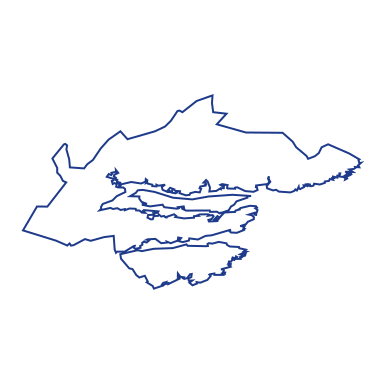 Risør nor, Aust-Agder, Norway
{"feature_id": "86288312B21568126373131", "entity_name": "Risør nor", "entity_type": "district", "adm_level": 2, "iso_a3": "NOR", "parent_name": "Norway", "parent_adm1": "Aust-Agder", "projection": "robinson", "projection_center": [9.161, 58.742], "detail": "fine", "context": "isolated", "style": "outline", "palette": "blue", "viewbox_px": 384, "rotation_deg": 0, "n_neighbors": 0, "source": "geoboundaries", "source_scale": "gbopen_adm2", "svg_char_len": 6102}
<svg xmlns="http://www.w3.org/2000/svg" viewBox="0 0 384 384"><path d="M116.0,252.8L117.0,251.7L124.6,251.7L133.9,246.0L134.7,245.9L133.9,247.8L135.2,248.8L140.5,247.8L140.1,246.1L142.4,244.7L142.2,242.8L143.9,241.7L146.7,242.5L149.6,240.0L146.8,239.7L147.6,239.3L155.4,238.9L161.2,243.2L167.4,242.5L167.0,241.7L170.7,243.2L177.7,240.6L178.2,237.5L181.1,238.1L178.6,241.1L182.7,242.1L188.9,240.6L189.3,238.4L198.0,239.5L205.5,235.9L211.7,235.3L230.8,229.7L229.4,231.1L231.0,232.5L236.8,232.8L243.8,230.1L243.3,229.5L244.7,228.7L243.5,227.9L244.5,226.4L240.2,226.1L245.9,224.2L247.8,221.8L253.8,219.2L253.9,217.2L251.8,215.2L248.8,214.6L254.1,212.9L254.5,214.6L256.1,214.9L256.3,213.6L254.8,213.2L257.0,211.9L257.5,209.9L255.3,208.3L257.0,207.6L256.0,206.2L249.9,205.8L240.7,208.0L239.2,209.0L240.6,209.2L235.5,210.6L235.1,211.9L222.6,212.6L223.6,213.3L219.6,217.5L217.4,216.1L213.4,220.4L219.2,218.2L217.1,220.7L218.3,221.0L211.3,221.4L208.8,221.4L208.4,219.9L211.7,219.0L213.6,216.2L212.6,215.1L208.4,215.7L209.3,214.8L208.0,214.3L199.8,214.4L197.3,215.4L198.1,215.9L194.0,216.2L194.0,217.7L184.0,218.4L175.3,217.0L176.2,215.9L174.1,214.3L166.2,217.0L167.5,217.6L165.4,217.3L164.2,216.0L161.2,216.5L158.8,214.5L158.0,215.9L153.8,216.0L152.8,219.2L150.9,219.4L146.8,217.3L147.6,217.3L148.1,215.0L154.3,214.7L153.4,213.1L157.6,212.8L158.4,211.4L143.9,210.1L142.7,211.1L145.2,211.4L143.9,211.6L145.2,212.8L141.9,212.6L139.4,210.5L136.1,210.4L135.7,208.8L129.5,208.5L124.9,210.2L124.9,209.1L120.6,210.0L117.4,208.2L113.0,209.0L110.5,207.9L99.7,210.3L101.2,208.7L101.0,207.0L102.7,204.0L112.5,200.4L116.7,196.2L125.4,192.0L125.0,188.9L123.3,187.5L118.1,187.4L116.1,186.7L116.7,184.1L114.6,183.1L112.7,184.0L111.8,181.0L113.5,180.4L113.9,179.0L106.8,176.8L108.8,174.0L111.2,175.1L112.0,173.9L111.5,172.8L116.1,171.8L115.9,170.0L118.2,172.9L114.2,174.9L113.8,176.6L115.9,177.7L115.9,179.9L117.3,179.9L116.7,183.6L117.9,183.6L118.4,182.2L120.2,182.7L118.8,186.4L120.0,186.4L121.3,184.3L131.2,182.0L141.1,183.5L145.5,181.7L145.8,179.1L147.3,180.3L146.1,183.0L147.3,182.5L147.7,183.6L152.3,184.7L152.3,186.1L156.4,186.4L156.4,184.7L158.5,185.7L165.1,184.7L161.8,187.0L162.6,189.8L167.6,192.0L171.7,192.0L168.0,190.1L170.1,187.8L173.8,189.2L172.3,190.1L171.7,192.6L175.4,193.3L176.9,192.6L175.4,190.9L180.0,191.2L179.6,193.2L185.8,195.3L189.5,194.9L190.3,193.2L195.3,191.9L199.8,192.4L201.1,188.7L199.6,188.2L200.3,186.5L206.5,185.4L204.8,185.1L206.1,184.3L205.7,182.8L203.6,182.6L206.1,180.0L207.7,181.7L210.0,187.6L209.4,191.5L216.4,190.9L219.7,188.8L220.9,189.3L221.0,188.2L223.8,188.2L223.9,186.8L221.8,185.7L223.2,185.4L221.0,184.6L222.2,184.1L227.6,185.1L227.0,187.9L227.6,188.5L235.1,188.7L235.1,187.6L237.2,187.3L245.3,191.1L253.6,191.8L257.6,190.0L256.9,187.4L255.9,187.2L256.1,185.5L267.8,184.0L269.3,181.6L268.0,178.5L268.9,176.3L268.8,179.1L270.3,181.8L266.7,186.0L267.1,188.3L273.0,190.4L276.1,189.8L278.9,191.6L290.4,192.4L294.1,191.0L295.9,188.7L295.5,190.0L296.9,190.5L298.7,186.8L299.0,188.7L301.0,189.3L300.4,188.9L303.9,187.2L303.6,185.4L305.0,185.9L305.4,184.4L307.9,184.2L306.8,185.8L307.4,186.2L310.0,184.9L310.2,186.1L311.8,186.1L313.6,185.5L314.1,183.7L319.9,184.5L324.8,182.9L324.8,181.5L329.0,180.9L329.8,179.0L333.1,179.8L332.3,178.1L334.4,178.1L334.4,177.0L332.0,176.3L337.3,177.6L337.3,175.6L339.4,175.3L339.4,173.4L340.2,173.4L339.4,176.5L343.5,177.0L345.5,178.2L345.1,179.6L347.2,178.5L346.4,177.1L348.0,175.9L344.9,175.6L347.2,174.0L346.8,172.9L349.1,173.4L347.2,174.3L348.9,175.7L351.4,174.3L350.5,172.6L346.8,172.4L345.2,171.7L353.0,172.0L349.3,169.5L353.9,168.9L355.5,167.8L355.1,167.0L359.3,167.3L358.5,165.7L357.2,166.2L361.0,162.8L359.3,163.1L358.5,160.0L359.4,159.4L349.2,153.5L328.1,144.3L321.6,147.3L318.8,153.1L314.9,156.2L308.1,158.8L306.6,156.0L296.2,147.3L292.6,141.6L282.6,132.8L245.9,132.5L216.8,124.3L226.5,113.7L213.2,112.2L212.0,103.3L212.5,95.4L196.6,101.0L182.4,112.2L179.5,110.6L177.5,111.0L170.9,120.8L165.1,126.5L155.0,131.3L127.5,139.2L120.4,131.3L108.6,139.6L100.7,148.5L92.9,160.0L87.3,164.2L84.1,168.4L69.9,167.4L69.2,159.3L66.4,149.3L67.1,145.4L65.2,143.9L63.9,144.4L52.4,158.5L57.2,167.9L57.2,172.7L60.3,175.8L62.9,180.9L66.2,182.4L47.4,206.6L37.0,206.5L23.0,230.4L55.9,240.6L67.2,245.5L69.6,243.5L71.0,245.6L73.5,245.2L85.0,239.1L90.7,240.8L104.1,237.1L113.7,235.9L114.7,249.7L116.0,252.8ZM153.9,288.6L163.3,285.5L164.0,284.9L162.1,284.4L163.2,282.9L166.0,282.1L164.8,284.0L166.6,282.7L166.7,283.7L168.3,283.1L168.3,284.1L179.2,278.8L178.2,278.2L179.2,277.6L177.8,276.7L177.9,273.5L180.4,276.8L183.8,277.3L183.0,278.2L184.2,278.9L187.1,278.2L190.0,274.3L191.7,274.0L191.3,277.1L188.4,278.5L188.8,280.7L192.3,280.5L189.4,282.7L192.5,285.3L197.0,283.5L196.6,282.1L200.3,282.7L207.4,279.9L210.7,276.0L209.4,274.6L210.3,274.2L214.4,273.5L214.4,274.9L223.1,274.9L222.3,273.8L223.5,273.8L222.3,272.9L224.7,273.8L225.1,272.6L222.7,272.6L223.9,270.7L223.5,269.6L221.0,269.3L230.5,266.8L228.9,265.4L230.5,265.4L230.8,264.0L228.5,263.4L229.3,262.0L228.1,261.4L231.0,261.7L232.6,259.5L234.3,260.0L234.9,259.2L232.2,258.6L232.6,257.5L235.5,258.4L236.0,256.4L237.0,257.0L236.4,258.9L240.5,258.9L240.1,258.1L241.3,257.5L240.5,257.0L245.1,255.6L245.5,254.2L242.6,255.3L240.1,254.4L246.3,251.7L243.8,251.4L245.9,249.7L239.2,248.2L238.9,247.0L229.9,246.5L227.0,244.9L226.5,243.3L218.7,241.9L212.5,243.6L208.7,243.2L207.5,244.0L207.9,246.0L206.2,246.2L187.6,245.8L186.5,244.4L172.8,248.1L153.8,248.8L141.8,251.1L137.7,250.2L120.3,254.2L121.0,258.7L129.2,268.3L132.5,269.1L136.3,275.1L139.3,277.5L144.8,275.8L147.7,281.4L146.7,282.3L152.7,286.0L153.9,288.6ZM142.8,189.9L137.8,190.3L135.9,192.8L130.1,196.2L139.4,196.5L139.2,198.5L141.5,201.8L147.0,203.9L142.7,203.3L142.7,204.9L150.1,206.4L162.6,204.7L164.2,207.2L177.0,208.7L178.7,208.3L177.9,207.2L183.7,206.4L184.1,208.3L182.0,208.1L182.4,208.9L186.1,210.6L209.8,210.5L210.1,211.9L216.8,211.7L219.8,213.4L228.7,210.3L231.0,206.5L234.0,204.8L236.6,201.3L247.3,197.7L246.9,196.4L251.1,196.0L232.5,194.8L208.5,196.5L192.3,199.4L173.0,197.7L154.5,191.9L142.8,189.9Z" fill="none" stroke="#1e3a8a" stroke-width="2"/></svg>